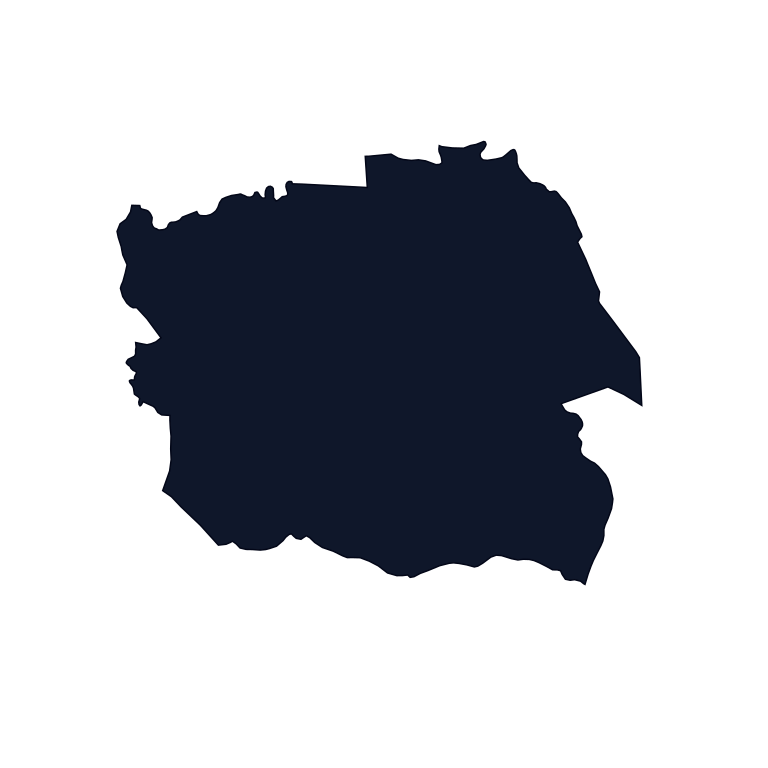 outline of Bim Son, Thanh Hóa, Vietnam, rotated 157°
{"feature_id": "81297802B8967556658808", "entity_name": "Bim Son", "entity_type": "district", "adm_level": 2, "iso_a3": "VNM", "parent_name": "Vietnam", "parent_adm1": "Thanh Hóa", "projection": "natural_earth1", "projection_center": [105.883, 20.088], "detail": "fine", "context": "isolated", "style": "filled", "palette": "ink", "viewbox_px": 768, "rotation_deg": 157, "n_neighbors": 0, "source": "geoboundaries", "source_scale": "gbopen_adm2", "svg_char_len": 4827}
<svg xmlns="http://www.w3.org/2000/svg" viewBox="0 0 768 768"><g transform="rotate(157 384 384)"><path d="M599.4,300.4L592.0,298.2L587.4,298.2L584.9,298.5L582.5,294.5L580.6,289.3L575.5,285.6L570.1,283.2L562.8,279.5L557.7,277.9L553.9,277.3L546.3,276.7L542.5,277.9L538.1,279.3L534.3,281.4L530.2,282.6L527.8,282.3L526.5,279.0L525.1,276.2L521.1,273.5L518.1,274.1L514.8,274.7L512.4,271.6L509.7,265.2L504.6,257.6L496.0,249.9L489.2,242.0L485.7,238.6L480.6,236.5L473.8,233.4L466.8,226.7L460.3,218.8L454.6,208.7L447.1,202.6L441.7,200.4L436.8,198.9L435.5,195.8L431.7,194.9L424.6,195.5L416.5,195.1L403.7,195.0L394.0,193.5L389.9,192.2L385.0,189.5L378.5,185.2L372.3,180.3L368.8,179.7L363.1,180.5L353.3,182.9L347.6,182.6L342.8,180.1L334.9,173.4L329.5,169.7L324.1,168.2L318.7,165.7L314.9,162.9L311.1,159.0L305.7,152.6L301.4,147.1L297.1,145.2L294.4,143.1L294.4,139.1L293.3,133.4L289.3,130.6L285.0,129.4L280.1,125.7L278.2,122.1L277.3,121.0L270.4,129.3L264.6,135.5L260.2,139.8L253.5,145.5L247.5,150.5L243.9,154.0L240.8,158.6L238.4,164.3L235.7,167.7L230.1,173.0L223.3,180.3L220.0,185.6L218.2,188.8L215.7,200.8L215.0,209.1L215.6,214.0L218.8,224.0L221.1,228.9L224.0,232.2L227.2,237.2L229.1,240.5L229.6,244.0L228.7,247.5L225.8,251.3L224.8,253.6L225.7,257.4L226.5,259.7L225.4,262.1L223.4,264.3L220.9,265.2L219.4,266.3L217.6,268.0L216.8,269.7L216.4,271.5L216.5,274.3L217.2,277.0L217.7,279.1L219.0,281.3L221.5,283.2L223.6,284.2L226.4,286.8L227.8,289.5L228.6,295.3L228.6,296.7L179.0,293.8L167.2,280.6L155.1,263.6L143.6,294.8L138.6,308.5L139.6,315.4L148.7,352.7L152.8,368.9L153.9,373.2L154.1,373.7L154.1,376.7L152.2,380.0L149.6,384.6L150.0,393.9L149.8,405.0L149.7,415.2L149.6,419.8L150.4,439.0L149.9,439.3L146.6,441.4L144.3,442.2L143.8,444.8L144.4,454.3L143.9,458.6L144.1,463.1L144.6,467.4L144.6,470.8L144.6,473.8L145.9,480.7L148.0,486.0L149.2,490.6L149.8,492.5L150.4,493.9L151.8,495.0L155.0,495.7L156.8,496.4L157.5,498.0L158.5,499.9L158.5,501.9L159.1,503.7L160.1,505.2L162.2,507.5L164.1,508.9L165.3,509.8L167.5,510.5L169.6,512.0L171.1,515.8L173.0,521.3L174.2,525.7L175.5,530.2L175.1,535.6L173.9,538.6L172.6,542.1L172.2,544.3L172.1,546.6L172.2,548.2L172.8,549.0L173.6,549.3L176.0,549.3L182.2,547.3L185.5,546.4L187.2,546.3L193.0,547.3L201.5,549.5L205.1,551.4L206.0,553.0L206.6,554.9L205.9,557.9L204.4,559.5L200.2,561.4L197.5,563.5L196.5,564.6L196.3,565.8L196.4,567.2L196.4,567.5L197.6,568.3L202.3,568.4L205.6,568.5L211.2,569.7L218.5,569.9L228.9,574.6L238.1,579.9L240.0,581.8L241.7,578.8L242.5,576.3L242.5,572.5L242.7,570.3L243.7,566.2L244.3,564.9L247.0,564.4L250.5,565.6L258.5,573.1L264.7,576.9L271.4,579.1L278.7,583.2L282.7,586.3L287.7,592.8L309.1,599.6L312.3,600.9L322.6,571.4L338.8,579.3L380.1,599.4L382.4,600.5L390.2,604.1L389.9,605.7L390.1,606.5L392.3,607.6L394.3,607.4L396.1,606.0L397.2,603.9L397.7,600.7L397.9,597.8L398.5,596.1L399.8,595.3L401.8,595.5L404.5,596.2L406.5,595.5L409.5,594.6L411.9,594.7L412.9,598.9L412.1,600.3L410.6,604.5L409.6,607.1L409.9,608.7L411.3,610.4L413.3,610.9L413.8,610.7L415.5,610.2L417.7,607.9L419.4,604.8L420.1,602.4L420.9,601.8L421.9,602.0L423.5,602.9L424.6,605.5L425.1,608.6L425.4,609.9L426.1,610.4L428.0,610.7L429.9,608.9L431.6,608.1L432.9,608.1L434.4,608.3L437.0,609.7L438.7,611.8L440.5,613.5L441.5,614.7L442.2,615.1L444.1,615.4L450.7,617.1L456.6,617.6L460.8,617.5L464.4,615.2L468.0,611.3L470.9,609.2L472.9,608.5L475.4,607.9L477.5,607.7L481.8,608.3L484.2,609.3L487.4,610.9L488.6,612.5L488.9,614.3L489.0,615.9L504.4,616.4L507.6,614.8L509.3,614.6L512.3,614.6L515.1,615.4L516.6,616.0L518.2,616.0L520.1,615.0L522.3,612.7L525.0,612.1L527.4,612.5L531.2,613.7L532.8,615.8L534.5,617.3L535.2,619.5L535.2,620.9L534.9,623.4L533.2,626.2L532.4,627.8L532.4,630.8L532.8,633.3L533.6,635.4L534.8,636.8L536.9,638.4L538.7,639.8L539.5,640.9L539.1,643.7L546.3,647.0L550.1,641.4L557.0,636.3L564.3,634.6L570.1,628.8L571.3,622.8L571.6,619.6L572.2,613.1L573.0,609.7L574.0,604.9L573.9,594.1L578.7,587.4L584.3,580.3L587.2,577.6L589.2,575.1L590.3,566.6L589.1,559.0L587.1,554.6L585.2,552.3L581.8,550.9L576.7,536.7L571.2,513.6L577.6,511.9L582.6,512.0L586.8,512.7L591.2,515.6L596.4,519.2L597.8,514.8L599.4,512.3L600.9,508.7L602.7,507.1L605.0,506.9L609.8,506.7L612.1,505.3L613.0,504.2L612.8,503.2L611.9,501.1L611.3,500.2L610.8,499.5L610.8,497.7L610.7,497.0L610.2,496.0L609.7,494.7L608.1,493.0L607.3,492.0L607.4,491.4L608.2,490.2L609.7,489.1L610.9,487.8L612.0,485.7L612.8,485.4L615.2,486.6L616.9,486.6L617.3,485.8L617.3,484.3L616.7,482.4L616.2,480.2L616.2,478.1L617.7,472.3L617.1,471.1L615.2,468.2L614.5,466.1L616.8,463.2L617.5,460.8L617.1,459.2L615.5,459.6L614.6,460.4L612.6,461.8L608.9,457.7L605.2,453.7L604.1,451.5L603.3,446.2L600.7,442.4L593.3,438.7L595.1,434.6L598.0,426.7L600.4,419.2L605.7,407.6L609.5,397.5L615.3,387.7L629.4,372.3L623.7,363.3L618.8,350.2L608.2,325.7L599.4,300.4Z" fill="#0f172a" stroke="#020617" stroke-width="1.5"/></g></svg>